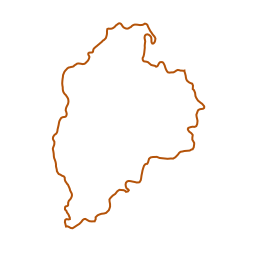 Dokshytsy, Vitebsk, Belarus (Albers equal-area conic projection), rotated 276°
{"feature_id": "67162791B61932293276792", "entity_name": "Dokshytsy", "entity_type": "district", "adm_level": 2, "iso_a3": "BLR", "parent_name": "Belarus", "parent_adm1": "Vitebsk", "projection": "albers", "projection_center": [27.92, 54.818], "detail": "fine", "context": "isolated", "style": "outline", "palette": "amber", "viewbox_px": 256, "rotation_deg": 276, "n_neighbors": 0, "source": "geoboundaries", "source_scale": "gbopen_adm2", "svg_char_len": 5203}
<svg xmlns="http://www.w3.org/2000/svg" viewBox="0 0 256 256"><g transform="rotate(276 128 128)"><path d="M191.0,178.1L190.7,177.4L190.7,175.9L190.6,174.2L190.9,172.6L190.9,171.3L190.2,170.1L189.3,169.1L188.6,168.2L188.1,167.4L187.8,165.2L187.4,163.4L187.5,162.0L188.3,161.0L189.7,160.0L190.9,159.3L192.8,158.4L193.9,158.0L195.5,157.0L196.7,156.1L197.1,155.1L197.0,153.9L196.7,152.9L195.8,152.2L194.9,151.8L193.6,151.3L192.6,150.8L192.0,149.9L192.0,149.2L192.5,148.6L192.7,148.0L192.8,146.7L193.0,145.2L193.2,144.3L194.0,143.2L194.6,142.3L195.5,141.1L195.8,139.8L195.9,138.8L195.9,137.9L196.0,136.8L196.5,136.1L197.3,135.6L198.5,135.3L199.3,135.3L200.7,135.9L201.4,136.0L202.8,136.2L204.9,136.3L206.8,136.3L209.6,136.3L211.7,136.0L214.2,136.0L215.8,136.1L217.3,135.7L218.7,135.2L220.0,135.0L221.6,135.2L222.6,135.9L223.2,137.4L222.9,138.9L221.9,140.5L220.8,141.5L218.8,142.0L216.8,142.2L215.4,142.6L214.5,143.4L214.7,144.4L215.5,145.1L216.0,145.4L217.3,145.8L219.1,145.9L219.9,145.9L221.7,144.8L222.8,143.6L223.9,142.5L225.3,141.4L226.7,140.1L227.9,139.3L229.4,138.3L230.8,137.4L232.4,136.6L233.0,135.9L233.3,135.3L233.5,134.7L233.5,133.7L232.9,133.0L232.5,132.5L232.0,131.4L231.8,130.4L231.6,129.0L231.7,126.9L231.7,125.9L231.6,124.3L231.4,123.4L230.6,122.0L229.9,121.2L228.7,120.3L227.9,118.9L227.2,118.2L226.8,117.1L226.7,115.7L227.1,114.3L227.6,113.1L228.5,112.1L230.0,110.9L230.8,110.1L231.2,109.1L231.2,108.2L230.6,107.3L229.7,106.4L228.9,105.4L227.2,104.2L226.0,102.9L225.3,101.8L224.9,100.6L224.8,99.5L224.8,98.2L224.5,97.5L224.3,97.1L223.4,97.0L221.8,97.0L220.3,97.2L218.6,97.2L216.6,96.9L215.0,96.5L213.0,94.9L212.4,94.0L210.8,92.8L209.6,91.6L208.5,90.6L207.3,89.4L206.0,88.2L205.3,87.4L204.7,86.9L203.6,85.9L202.6,85.4L201.9,85.3L200.2,85.2L199.4,84.5L199.2,83.3L198.9,81.5L198.2,80.8L197.4,80.7L196.3,81.2L195.5,81.8L194.6,82.2L192.7,81.9L191.0,81.2L190.0,80.5L189.3,79.9L187.9,78.8L187.2,77.8L186.8,76.2L187.0,74.1L187.0,71.8L186.6,70.5L186.1,70.0L184.5,68.0L183.7,67.5L183.2,66.6L182.9,65.6L182.6,64.6L182.3,63.9L181.9,62.6L180.9,61.4L180.0,60.8L178.6,59.7L177.0,58.8L174.9,58.2L173.9,57.9L171.4,57.9L170.1,57.8L168.0,57.8L165.5,57.9L163.5,58.3L161.8,58.8L160.2,59.0L159.1,59.2L157.4,59.8L156.2,60.6L155.1,61.6L154.2,62.8L153.4,63.4L152.5,64.2L151.4,65.0L150.5,65.5L149.2,65.8L148.3,66.0L147.4,66.0L146.2,65.9L145.3,65.7L143.8,65.1L143.0,64.8L142.1,64.5L141.2,64.3L140.3,64.2L139.0,64.2L138.4,64.5L137.6,64.9L136.0,65.5L135.3,65.6L133.8,65.4L132.9,64.9L132.4,64.0L132.2,63.0L131.9,61.9L131.5,61.2L131.0,60.5L130.0,60.0L128.9,59.5L127.5,59.0L125.7,58.8L123.9,58.7L120.7,58.3L119.1,58.1L117.8,58.1L116.4,57.9L114.8,57.2L114.5,56.7L113.7,55.9L113.3,55.5L112.4,55.0L111.3,54.5L110.1,54.4L109.2,54.5L108.4,55.0L107.7,55.4L107.3,55.8L106.7,56.2L105.9,56.3L104.2,56.4L103.4,56.3L101.8,55.9L100.8,55.6L99.5,55.4L98.4,55.7L97.6,56.0L96.2,56.4L95.1,56.7L94.1,56.9L92.2,57.2L90.7,57.6L89.8,58.0L88.9,58.5L87.6,59.1L86.4,59.6L85.0,60.0L84.2,60.2L83.0,60.3L82.0,60.5L80.6,61.0L79.2,61.5L77.7,61.8L76.4,62.7L75.0,63.9L74.5,65.7L73.7,67.2L73.4,68.4L73.1,69.3L72.5,69.9L71.9,70.3L71.0,70.4L69.9,70.6L69.1,71.0L68.2,71.4L67.5,72.2L66.2,73.1L65.8,73.7L65.2,74.3L64.3,74.8L63.3,75.4L61.5,76.4L60.0,76.9L58.9,77.6L57.8,78.3L57.1,78.8L55.9,79.2L55.2,79.3L54.0,79.2L53.0,78.9L51.9,78.5L50.8,77.8L49.5,76.8L47.6,76.3L46.4,76.4L45.1,76.5L44.3,76.1L43.8,75.2L43.5,74.2L43.0,73.8L42.1,73.7L41.4,73.7L40.3,73.9L39.8,74.6L39.1,75.4L37.5,76.2L36.9,76.8L35.9,77.7L34.6,78.5L33.7,78.8L33.1,79.4L31.3,79.7L30.8,78.3L30.9,77.6L30.9,76.2L30.0,75.2L29.1,75.1L27.7,75.1L26.2,75.7L24.0,76.5L23.5,76.7L23.9,78.0L23.3,79.9L22.6,81.4L22.5,83.3L23.8,85.0L25.8,87.4L27.5,89.6L29.7,91.4L31.8,92.6L32.9,94.0L33.1,95.2L31.9,97.8L31.3,99.3L31.3,101.4L31.7,104.6L34.0,105.4L35.8,105.1L38.0,106.9L39.1,108.8L39.9,110.6L40.5,113.2L41.3,115.1L44.2,117.5L46.0,118.0L47.9,118.4L50.5,118.1L53.1,117.3L55.0,117.0L56.8,118.0L59.2,119.9L61.1,122.2L64.0,124.0L65.6,125.9L65.7,130.3L65.0,132.0L64.3,132.7L64.9,134.5L66.2,135.3L66.9,134.7L67.8,132.9L69.5,132.0L71.5,131.5L73.4,131.7L74.9,132.9L75.4,134.3L75.4,136.3L75.2,138.0L75.0,140.3L74.7,142.4L74.9,143.8L75.2,144.8L75.3,145.1L77.3,146.1L78.9,146.3L82.2,146.4L84.1,146.6L87.5,146.9L90.1,147.4L92.2,147.9L93.8,149.0L94.3,150.1L94.4,150.9L95.9,151.5L98.2,151.9L99.7,152.2L101.1,153.6L101.7,155.6L102.3,159.7L101.5,162.5L101.5,166.3L101.5,170.5L101.8,172.1L102.1,173.5L102.3,176.1L103.8,178.1L105.4,179.4L107.0,180.6L108.5,181.4L109.8,182.7L110.4,184.8L111.0,186.4L111.6,189.6L112.0,191.7L113.3,193.5L113.6,194.5L115.7,195.4L118.6,195.5L120.0,195.4L121.5,194.4L123.1,193.2L125.1,193.0L127.8,193.1L128.9,192.1L129.6,191.3L130.8,189.2L132.4,187.9L133.2,187.6L134.4,188.0L135.4,190.1L136.0,192.0L136.1,194.2L137.0,195.7L139.2,196.4L142.3,196.4L144.0,195.9L146.2,195.1L148.3,194.6L150.2,195.1L152.0,195.5L153.3,196.1L154.3,197.8L154.7,199.6L155.0,200.6L155.1,200.8L155.9,201.6L157.2,201.6L157.8,201.3L159.9,199.1L160.5,197.9L161.5,196.4L162.6,194.7L165.0,192.8L166.7,191.8L170.1,191.0L172.6,189.6L173.5,188.3L177.0,188.2L178.8,187.2L179.3,185.2L179.9,183.7L181.3,181.7L182.8,180.8L184.6,180.2L185.7,180.0L188.2,179.1L190.0,178.3L191.0,178.1Z" fill="none" stroke="#b45309" stroke-width="2"/></g></svg>